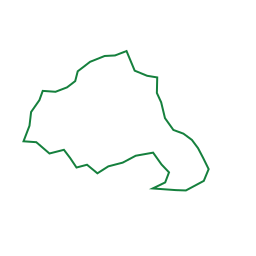 Agios Ioannis Malountas, Nicosia, Cyprus (Natural Earth projection), rotated 211°
{"feature_id": "46923920B28301688096531", "entity_name": "Agios Ioannis Malountas", "entity_type": "district", "adm_level": 2, "iso_a3": "CYP", "parent_name": "Cyprus", "parent_adm1": "Nicosia", "projection": "natural_earth1", "projection_center": [33.174, 35.073], "detail": "fine", "context": "isolated", "style": "outline", "palette": "green", "viewbox_px": 256, "rotation_deg": 211, "n_neighbors": 0, "source": "geoboundaries", "source_scale": "gbopen_adm2", "svg_char_len": 665}
<svg xmlns="http://www.w3.org/2000/svg" viewBox="0 0 256 256"><g transform="rotate(211 128 128)"><path d="M151.8,67.6L144.2,75.4L130.9,73.4L125.1,85.0L114.7,95.6L107.1,108.2L93.8,119.8L80.5,114.0L70.0,111.1L68.1,100.5L75.7,88.9L54.8,99.5L46.2,104.3L35.8,121.7L37.7,134.3L48.1,141.0L57.6,146.8L67.1,150.7L77.6,151.7L88.1,149.7L101.4,155.5L112.8,167.1L121.3,172.9L129.0,186.4L138.5,182.6L151.8,180.6L168.9,193.2L176.5,183.5L185.1,177.7L194.6,165.2L200.3,150.7L197.4,141.0L201.2,131.4L208.8,121.7L220.2,115.9L218.3,106.3L219.3,91.8L213.6,79.2L210.7,62.8L199.3,68.6L182.2,65.7L171.7,76.3L162.2,72.5L151.8,67.6Z" fill="none" stroke="#15803d" stroke-width="2"/></g></svg>